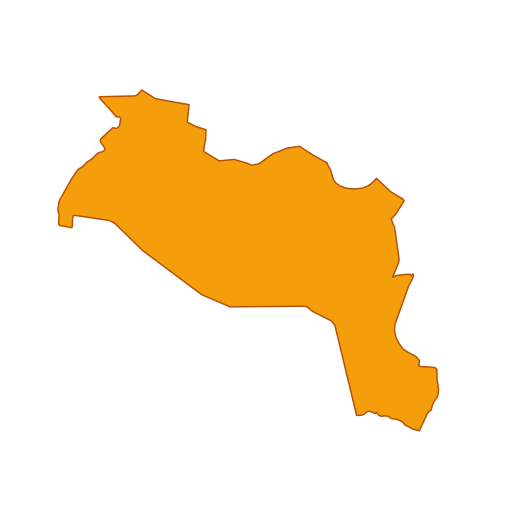 outline of Sila, rotated 10°
{"feature_id": "TCD-5582", "entity_name": "Sila", "entity_type": "Prefecture", "adm_level": 1, "iso_a3": "TCD", "parent_name": "Chad", "parent_adm1": "", "projection": "orthographic", "projection_center": [21.327, 12.006], "detail": "fine", "context": "isolated", "style": "filled", "palette": "amber", "viewbox_px": 512, "rotation_deg": 10, "n_neighbors": 0, "source": "natural_earth", "source_scale": "10m", "svg_char_len": 2448}
<svg xmlns="http://www.w3.org/2000/svg" viewBox="0 0 512 512"><g transform="rotate(10 256 256)"><path d="M407.5,392.0L404.8,391.8L401.8,389.1L400.6,390.3L399.1,390.2L397.2,389.5L395.1,389.2L393.4,389.5L392.1,390.4L389.8,393.2L388.2,394.2L386.2,394.8L382.7,395.4L345.8,310.7L343.9,308.7L341.1,306.7L321.2,300.7L316.1,297.7L314.1,297.0L311.9,297.1L239.3,310.6L209.2,303.5L143.4,270.3L111.2,248.3L108.4,247.3L104.7,246.5L70.8,247.4L69.5,247.7L69.0,248.4L68.8,249.2L68.8,251.0L70.0,258.4L69.9,259.2L69.7,259.8L69.0,260.1L68.1,260.2L62.2,259.9L58.7,260.1L57.6,260.0L56.8,259.7L56.2,258.8L55.8,257.4L55.0,250.2L54.5,248.4L52.7,245.1L52.6,237.6L52.9,235.0L61.3,211.2L65.3,202.7L65.9,201.7L66.7,200.7L67.2,200.2L67.7,199.8L68.2,199.5L69.0,198.8L70.0,197.7L73.0,193.2L77.8,188.6L81.1,183.8L81.9,182.8L82.8,181.9L83.3,181.5L83.9,181.2L86.0,180.3L88.0,178.8L88.5,178.0L88.7,177.4L88.6,177.0L88.4,176.4L87.7,175.3L83.6,171.2L82.8,170.1L82.6,169.4L82.6,168.3L83.5,166.7L92.2,155.1L92.9,154.5L93.6,154.4L94.3,154.5L95.0,154.7L96.0,154.6L97.0,154.1L98.3,152.5L98.8,151.4L99.0,150.3L98.8,147.5L99.0,145.5L98.8,144.5L98.5,143.7L98.1,143.2L97.6,142.9L97.1,142.6L96.6,142.7L95.4,143.1L94.8,143.2L94.1,142.9L75.3,128.2L74.3,127.3L74.1,126.6L75.0,126.2L108.3,119.5L109.6,119.0L110.2,118.7L111.2,117.8L114.6,112.3L129.5,118.5L144.0,118.6L163.8,118.6L165.1,136.2L174.3,138.9L184.8,140.3L186.1,149.8L186.1,162.0L203.2,168.7L217.8,164.7L230.9,166.1L236.2,167.4L242.8,164.7L254.7,152.5L267.9,144.4L279.7,140.4L295.6,147.1L310.1,152.0L310.6,153.5L314.2,157.9L319.2,167.5L321.9,170.2L326.5,172.4L331.8,173.4L337.3,173.4L342.3,172.7L348.4,170.9L353.3,168.1L357.5,164.1L361.2,158.6L377.4,169.3L390.6,174.3L392.3,176.0L386.0,191.2L383.0,195.6L383.3,197.2L387.6,204.0L397.2,233.5L397.5,235.0L397.6,236.6L397.5,238.3L394.3,252.8L395.1,252.5L395.9,252.1L397.3,251.0L405.7,248.3L410.7,247.3L412.5,248.4L413.6,246.5L414.2,247.1L414.4,249.2L414.0,251.5L411.7,258.3L404.7,299.1L405.3,305.4L407.9,311.6L411.9,317.2L416.6,321.7L421.1,323.9L431.5,327.4L434.9,330.5L435.3,331.7L435.3,335.7L436.6,336.3L449.0,334.9L452.0,334.9L453.9,336.5L455.7,345.9L459.0,355.7L459.1,357.5L459.4,361.3L458.8,363.7L456.7,368.3L455.9,370.7L455.5,373.3L455.4,376.0L455.1,377.4L453.0,379.7L452.2,381.1L447.2,399.7L440.1,399.1L432.1,396.5L428.8,393.8L424.0,392.6L422.8,392.4L418.2,392.6L416.9,392.3L414.4,391.1L413.4,390.8L410.3,391.2L407.5,392.0Z" fill="#f59e0b" stroke="#b45309" stroke-width="1.5"/></g></svg>